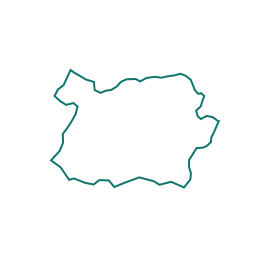 the district of Jincheon-gun, North Chungcheong, South Korea, rotated 312°
{"feature_id": "91817680B40614027699537", "entity_name": "Jincheon-gun", "entity_type": "district", "adm_level": 2, "iso_a3": "KOR", "parent_name": "South Korea", "parent_adm1": "North Chungcheong", "projection": "robinson", "projection_center": [127.46, 36.871], "detail": "fine", "context": "isolated", "style": "outline", "palette": "teal", "viewbox_px": 256, "rotation_deg": 312, "n_neighbors": 0, "source": "geoboundaries", "source_scale": "gbopen_adm2", "svg_char_len": 1033}
<svg xmlns="http://www.w3.org/2000/svg" viewBox="0 0 256 256"><g transform="rotate(312 128 128)"><path d="M132.6,46.6L122.6,49.6L117.0,51.4L109.5,50.2L102.6,52.0L102.6,59.9L103.8,66.6L110.1,70.8L110.1,76.2L103.2,79.8L95.0,81.7L87.5,82.9L80.0,83.5L73.7,89.5L65.6,92.5L52.4,92.5L53.7,104.0L50.1,118.9L54.3,121.6L58.7,133.1L63.1,140.3L70.0,141.5L76.2,148.8L75.0,157.3L85.0,162.1L98.8,169.4L105.7,182.7L106.9,189.4L116.9,196.1L121.3,209.4L131.4,208.8L136.4,205.1L140.1,199.1L145.2,194.8L159.0,192.4L163.3,196.7L167.1,198.5L172.7,199.1L177.1,196.1L182.1,194.8L193.7,190.9L193.4,190.6L192.8,183.9L189.7,178.5L183.4,176.1L183.4,171.8L186.5,167.0L192.8,167.6L197.8,165.2L202.8,163.3L202.8,159.1L200.3,157.3L200.9,152.4L205.9,142.2L205.3,135.5L203.4,130.7L197.8,127.0L192.8,122.8L187.8,119.2L184.0,113.7L177.7,108.3L170.8,105.9L169.6,101.0L163.3,94.4L157.7,91.9L151.4,91.9L145.2,90.1L140.8,86.5L135.8,84.1L133.9,78.0L136.4,75.0L139.5,72.0L135.8,64.1L135.1,59.9L133.3,52.0L132.6,46.6Z" fill="none" stroke="#0f766e" stroke-width="2"/></g></svg>